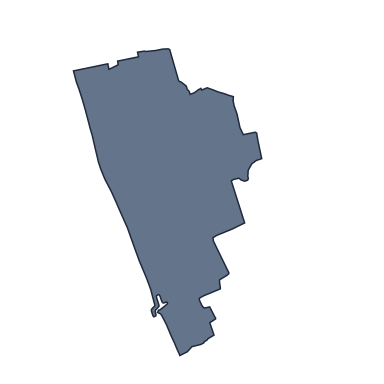 the district of San José, Escuintla, Guatemala, rotated 72°
{"feature_id": "79465075B23443659204690", "entity_name": "San José", "entity_type": "district", "adm_level": 2, "iso_a3": "GTM", "parent_name": "Guatemala", "parent_adm1": "Escuintla", "projection": "mercator", "projection_center": [-90.841, 13.971], "detail": "fine", "context": "isolated", "style": "filled", "palette": "slate", "viewbox_px": 384, "rotation_deg": 72, "n_neighbors": 0, "source": "geoboundaries", "source_scale": "gbopen_adm2", "svg_char_len": 2441}
<svg xmlns="http://www.w3.org/2000/svg" viewBox="0 0 384 384"><g transform="rotate(72 192 192)"><path d="M334.9,215.3L321.9,215.5L321.6,214.6L320.0,208.8L319.1,208.5L318.4,208.8L306.7,210.7L306.7,211.6L306.1,216.4L303.2,217.6L297.9,218.3L296.2,218.3L295.1,217.3L294.3,212.8L292.9,195.0L292.2,194.7L285.5,193.5L284.1,192.9L283.8,191.9L282.0,184.3L281.1,182.3L280.4,181.9L245.4,186.8L241.9,186.2L241.7,185.5L241.6,184.6L240.9,182.0L239.6,164.7L238.1,154.5L237.9,152.9L237.7,151.5L193.5,151.2L192.9,148.4L193.4,143.1L195.7,141.6L198.0,138.6L198.0,135.5L196.7,134.3L193.9,134.0L190.9,132.6L189.7,132.4L188.0,131.1L183.7,126.4L181.9,121.1L181.8,115.4L163.2,113.4L156.0,112.3L154.7,113.3L153.3,125.5L145.6,126.5L131.9,125.1L122.7,125.3L117.9,124.7L114.1,123.2L111.3,127.3L108.3,131.1L105.0,136.1L101.9,139.8L97.6,145.3L98.0,151.2L96.2,151.6L96.8,154.7L98.3,158.9L98.6,163.6L95.4,163.6L93.0,164.8L89.5,164.7L84.1,168.3L82.7,170.0L81.4,170.3L49.7,169.2L48.5,170.4L47.0,175.8L46.2,182.9L44.1,192.6L43.3,193.7L42.2,200.6L46.9,201.1L44.5,222.3L48.2,222.9L49.7,233.1L44.7,232.5L44.1,232.4L43.8,234.7L40.2,267.3L51.8,268.0L58.6,267.7L69.8,267.7L81.0,268.1L90.1,268.6L99.9,269.2L107.4,269.4L119.6,270.5L129.5,271.3L133.9,271.7L140.4,271.7L141.4,271.7L142.1,271.7L147.3,271.3L152.9,270.9L166.4,268.6L177.3,267.4L186.7,266.5L204.2,264.7L205.6,264.5L227.5,263.9L232.8,263.7L241.2,263.4L259.2,261.9L265.4,261.6L272.2,261.4L273.9,261.5L285.7,262.2L287.2,262.2L288.2,262.3L289.0,262.9L289.3,263.6L289.7,264.3L290.1,265.2L291.0,266.6L291.5,267.0L292.3,267.3L293.6,267.4L295.8,267.4L297.2,267.4L298.7,267.1L298.9,266.3L298.7,265.3L298.5,264.5L297.7,264.2L296.9,264.1L295.9,264.0L294.5,263.9L293.9,263.7L293.3,263.3L292.9,262.9L292.5,262.1L291.1,259.7L290.4,258.6L289.5,258.4L282.2,258.3L281.2,258.3L280.4,258.1L279.6,257.6L279.3,256.6L279.4,255.4L279.9,254.9L280.7,254.7L281.7,254.6L282.4,254.6L284.4,254.6L286.0,254.5L286.7,254.5L287.6,254.3L288.2,254.1L288.8,253.3L288.9,252.6L288.8,251.3L288.8,250.4L289.1,249.8L290.1,249.6L290.7,250.0L291.0,250.6L292.3,253.7L293.3,256.4L293.8,257.8L294.2,259.0L294.0,260.1L294.4,260.7L295.0,261.1L295.8,261.9L296.7,261.3L297.0,260.8L297.5,260.3L298.3,259.5L298.9,259.3L300.9,258.8L310.1,257.3L315.0,256.9L322.3,256.3L330.5,255.3L336.8,254.8L342.3,254.2L343.8,254.1L342.5,245.8L339.1,239.9L339.7,230.7L339.2,227.6L338.2,226.5L337.4,223.3L336.5,222.2L334.9,215.3Z" fill="#64748b" stroke="#1e293b" stroke-width="1.5"/></g></svg>